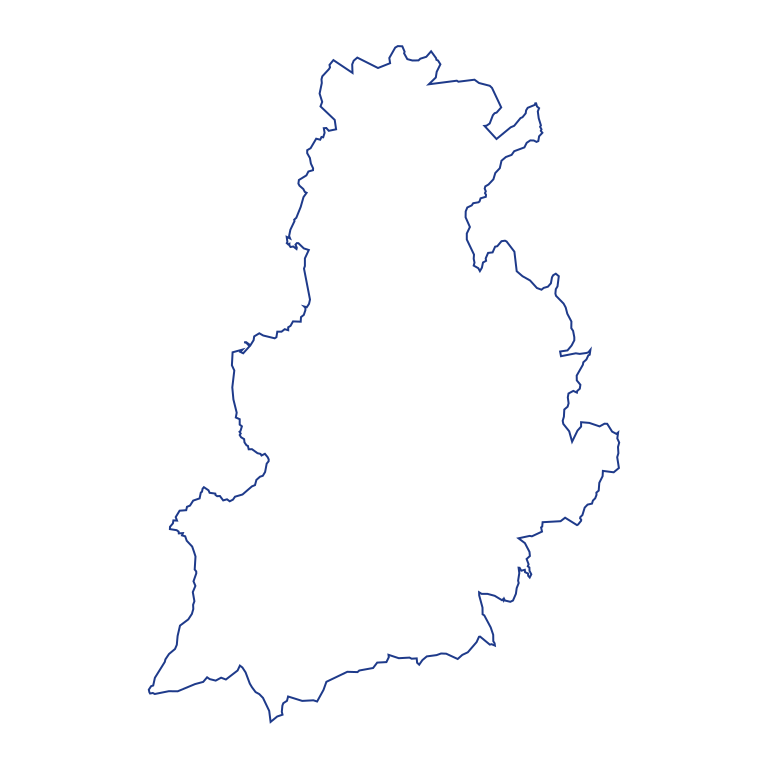 outline of Nicolás Flores, Hidalgo, Mexico
{"feature_id": "50627088B6273778185161", "entity_name": "Nicolás Flores", "entity_type": "district", "adm_level": 2, "iso_a3": "MEX", "parent_name": "Mexico", "parent_adm1": "Hidalgo", "projection": "equal_earth", "projection_center": [-99.171, 20.795], "detail": "fine", "context": "isolated", "style": "outline", "palette": "blue", "viewbox_px": 768, "rotation_deg": 0, "n_neighbors": 0, "source": "geoboundaries", "source_scale": "gbopen_adm2", "svg_char_len": 6076}
<svg xmlns="http://www.w3.org/2000/svg" viewBox="0 0 768 768"><path d="M618.9,468.0L617.2,457.2L618.4,453.2L618.0,447.0L619.2,442.6L617.3,438.4L618.1,432.5L616.4,433.9L612.1,431.6L607.2,423.8L604.5,423.7L599.6,426.4L589.3,422.9L581.1,422.2L581.1,426.6L577.5,430.6L572.1,441.7L569.2,431.3L563.3,423.9L562.7,420.8L563.9,416.7L564.3,409.5L567.6,406.7L568.6,403.3L567.8,397.4L568.5,393.5L573.3,390.9L576.9,392.6L577.2,391.0L579.8,388.7L580.4,384.8L576.8,380.4L576.7,375.6L582.9,364.7L583.3,362.3L586.4,359.5L588.3,355.4L589.7,354.7L590.4,349.8L588.4,352.3L586.3,353.0L579.7,353.9L575.8,353.3L561.0,356.2L560.1,351.5L567.5,350.4L571.6,345.5L574.3,340.3L574.3,337.2L573.1,330.9L571.3,328.2L571.4,321.5L567.3,313.7L565.7,307.5L563.6,303.6L556.0,295.8L555.4,293.6L555.8,289.2L557.5,286.4L558.8,276.2L555.8,273.7L553.2,275.2L552.0,277.3L550.9,283.3L547.9,286.7L543.7,287.9L541.5,289.7L536.9,288.0L530.1,280.5L522.5,276.2L516.7,271.2L514.4,251.7L506.6,241.5L505.0,240.7L501.5,241.2L497.3,246.2L495.1,246.7L492.6,252.4L488.1,252.9L485.7,258.4L486.1,260.8L483.0,262.5L481.9,267.7L479.9,271.1L478.3,268.2L473.7,265.6L474.5,262.6L473.7,258.8L474.0,254.6L466.8,239.5L466.8,233.5L469.9,227.0L465.6,217.3L465.7,211.4L467.3,207.5L471.7,205.4L473.2,203.2L478.4,202.3L479.5,201.5L480.6,198.3L485.8,196.8L486.0,194.8L485.0,193.1L485.8,191.3L484.7,188.6L485.3,186.4L488.5,184.5L493.4,179.3L495.3,173.0L499.8,168.2L501.5,160.7L505.9,157.0L511.6,154.9L514.2,151.2L524.4,147.4L526.7,142.8L530.3,140.4L533.8,140.5L536.5,141.9L538.3,141.1L539.1,136.3L542.4,132.8L540.8,130.8L541.5,129.3L540.1,126.8L540.9,125.4L538.7,118.2L537.8,111.4L539.1,108.2L537.0,106.5L536.1,103.3L535.3,103.3L534.8,104.9L527.7,107.8L526.1,110.4L525.7,113.3L522.5,117.2L520.5,118.1L514.2,125.8L510.7,127.3L496.5,139.0L484.5,125.9L486.5,125.7L489.7,123.5L492.9,115.2L494.6,113.2L496.6,112.6L501.2,107.4L492.0,87.9L489.8,85.8L479.0,83.0L474.5,79.7L458.4,81.7L456.8,80.7L428.8,84.3L435.8,77.5L436.7,71.8L440.4,64.3L438.0,60.5L436.4,59.8L436.1,58.2L431.1,51.3L426.3,56.8L420.3,58.7L418.5,60.4L412.4,60.5L407.3,59.1L404.1,53.3L404.6,51.7L402.3,46.3L397.8,46.1L395.2,47.6L389.3,58.0L390.1,63.2L378.0,68.0L357.3,57.6L353.7,60.7L352.2,64.4L352.5,72.9L333.4,60.1L329.5,64.9L330.0,67.4L328.9,69.2L322.3,76.3L321.5,79.3L321.8,83.0L319.6,93.6L322.2,101.9L320.5,106.4L334.7,119.9L336.1,129.3L328.8,130.8L326.3,128.0L323.8,128.2L324.6,132.8L323.2,137.3L321.5,137.0L320.2,139.7L316.2,138.7L310.6,148.2L307.2,150.2L307.2,153.2L309.9,158.0L310.9,163.6L313.1,168.3L313.0,170.2L308.4,171.5L306.4,175.4L298.9,180.0L298.4,183.6L299.5,185.7L303.3,189.0L304.8,191.9L306.6,192.8L303.5,197.1L300.7,206.9L296.3,217.8L294.2,219.7L294.5,221.1L290.4,229.7L289.1,236.0L290.1,238.5L286.7,236.9L287.4,242.1L286.8,243.1L288.2,244.4L289.4,243.8L289.4,245.4L290.5,247.0L293.3,246.5L296.5,249.0L296.8,247.8L295.5,244.6L296.9,243.1L298.4,243.2L303.8,248.4L308.8,250.0L304.9,258.4L304.9,266.0L304.0,268.6L310.0,299.6L309.0,303.9L306.8,307.2L304.1,306.5L305.4,307.8L305.4,310.1L303.8,314.9L301.0,317.1L300.7,321.7L293.0,321.4L290.5,325.9L288.2,327.3L288.2,330.2L284.7,329.2L281.5,331.7L277.3,331.7L276.4,337.2L274.7,338.3L263.2,335.5L259.3,333.3L254.2,336.4L253.6,340.2L250.4,345.3L246.2,342.2L244.2,342.2L246.4,342.9L249.6,346.2L243.2,353.3L240.3,351.9L242.5,349.6L232.6,352.3L231.9,365.3L234.3,370.5L232.3,387.4L233.4,399.4L236.7,412.7L235.8,417.5L239.7,419.2L239.7,424.6L241.9,426.3L240.5,430.9L239.5,431.8L240.7,433.5L239.7,435.0L241.1,437.3L244.1,439.1L244.5,442.4L246.5,445.3L247.9,445.9L248.7,449.3L252.0,449.2L257.5,453.2L260.5,453.9L261.5,455.5L264.9,453.8L267.7,457.2L268.7,459.4L268.6,461.3L266.7,463.6L265.1,472.0L262.8,475.8L260.0,476.7L256.4,479.9L255.0,485.1L251.9,486.4L242.5,494.5L235.0,496.7L233.0,499.6L229.7,501.3L227.0,499.3L223.2,500.4L219.9,496.0L217.2,496.2L215.5,495.0L215.3,493.6L209.6,492.8L208.5,490.3L203.9,487.2L202.6,488.7L202.0,491.7L200.8,492.6L199.6,498.4L193.2,500.6L190.0,505.6L187.0,506.8L186.2,510.2L179.6,510.7L175.7,517.1L177.0,520.6L173.4,520.4L172.9,523.4L170.0,526.8L169.9,529.1L176.7,530.2L178.6,531.6L178.8,533.4L182.9,533.1L182.0,535.4L185.2,536.3L186.7,540.7L192.2,546.6L194.1,552.1L195.5,556.5L194.7,569.5L196.2,571.4L196.3,573.3L193.5,581.3L195.4,585.9L192.8,592.1L194.4,601.2L193.1,604.8L193.3,609.0L191.9,613.9L188.3,619.4L180.0,625.6L177.6,636.0L176.8,644.8L175.0,649.0L169.0,654.0L165.4,659.4L164.8,661.9L154.9,677.8L153.2,685.5L151.1,686.2L148.8,689.7L149.4,692.3L150.1,693.5L152.8,693.0L154.8,694.0L168.8,691.2L177.7,691.3L195.0,684.1L203.2,681.9L207.1,677.3L209.7,679.1L215.7,680.6L221.1,677.7L225.9,679.5L237.6,670.5L239.9,665.6L242.4,667.5L245.6,672.4L249.8,683.6L252.0,687.3L255.6,692.1L259.3,694.1L263.0,697.9L269.2,710.9L270.6,721.9L277.2,716.5L282.5,714.7L281.8,711.8L282.4,705.6L283.3,703.2L287.0,700.8L288.1,696.5L302.2,700.9L313.4,700.3L317.1,701.5L323.5,689.9L326.4,681.8L347.3,671.8L357.5,672.1L359.3,670.5L373.1,668.0L377.2,662.6L386.4,662.1L388.8,657.2L388.5,654.8L398.8,658.2L409.5,657.6L411.6,658.7L416.7,658.4L417.1,662.7L419.2,664.7L422.4,660.1L426.8,656.4L436.6,655.1L441.1,653.5L446.2,653.7L457.7,659.0L462.3,654.9L467.8,652.3L476.6,642.1L479.0,636.8L480.1,636.6L489.8,644.6L491.6,644.2L494.9,645.6L494.6,643.3L493.3,641.2L493.2,634.8L490.7,627.4L484.3,615.4L482.6,614.3L482.5,607.6L479.2,595.4L479.1,592.3L481.7,593.9L487.6,593.9L494.7,595.8L502.0,600.2L503.1,599.2L503.6,600.3L504.1,598.9L504.9,600.5L510.3,601.8L513.0,600.5L515.9,593.8L516.7,588.1L518.7,583.0L518.1,580.7L519.3,573.1L518.6,567.7L519.6,567.8L521.3,570.7L524.8,569.8L525.1,572.2L528.0,573.5L528.2,575.8L529.7,577.5L531.3,574.3L529.5,570.8L529.4,567.5L527.8,566.3L528.6,564.3L526.6,559.0L529.9,556.0L529.5,551.9L524.9,543.1L518.5,538.3L529.7,535.9L531.9,536.3L542.0,531.6L541.1,527.4L542.2,526.6L542.6,522.2L560.6,521.2L565.1,517.7L577.0,525.1L578.1,524.5L581.1,520.8L581.2,519.7L580.1,518.3L580.4,517.0L582.4,515.1L584.7,507.6L587.6,504.6L592.0,503.6L592.9,500.6L595.2,498.3L596.5,494.9L596.4,492.6L598.7,490.6L599.3,482.8L602.6,476.2L602.9,470.9L613.7,472.3L618.9,468.0Z" fill="none" stroke="#1e3a8a" stroke-width="2"/></svg>